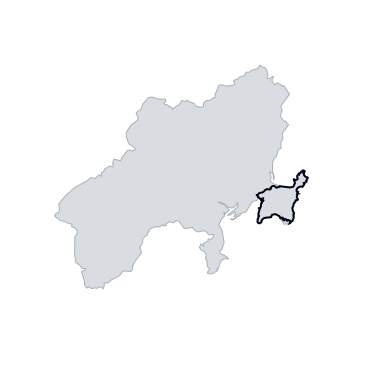 where Crimea sits in Ukraine, rotated 311°
{"feature_id": "UKR-283", "entity_name": "Crimea", "entity_type": "Autonomous Republic", "adm_level": 1, "iso_a3": "UKR", "parent_name": "Ukraine", "parent_adm1": "", "projection": "albers", "projection_center": [34.531, 45.3], "detail": "fine", "context": "in_parent", "style": "outline", "palette": "ink", "viewbox_px": 384, "rotation_deg": 311, "n_neighbors": 0, "source": "natural_earth", "source_scale": "10m", "svg_char_len": 8252}
<svg xmlns="http://www.w3.org/2000/svg" viewBox="0 0 384 384"><g transform="rotate(311 192 192)"><path d="M254.6,255.3L258.6,261.3L261.9,264.4L263.6,264.5L268.2,262.3L271.2,263.0L273.8,261.0L280.6,262.2L278.6,266.1L277.8,270.1L269.0,271.7L265.7,269.5L262.3,269.6L260.4,272.5L256.9,274.5L255.8,276.7L249.5,276.6L245.4,278.7L242.2,283.1L238.6,285.8L235.8,286.6L231.5,285.5L228.0,282.6L230.9,274.2L230.0,269.6L227.3,267.4L223.8,267.2L219.4,263.5L214.2,263.8L212.5,262.0L223.3,254.0L225.6,253.6L232.0,249.4L230.9,245.8L228.2,246.7L224.5,243.8L212.4,245.8L205.2,241.3L201.9,240.7L201.1,239.7L204.6,238.8L204.9,237.3L200.1,236.1L197.6,234.1L210.8,236.4L214.4,233.1L210.7,234.2L207.0,233.4L205.7,232.2L204.2,228.8L204.2,224.1L202.7,219.9L201.5,218.5L203.7,225.4L202.9,232.0L197.3,231.4L197.9,228.8L195.2,232.2L190.8,232.1L185.1,233.6L182.5,240.3L174.8,249.5L168.0,252.3L165.8,251.6L164.8,252.3L164.2,255.2L165.2,256.7L165.9,261.5L165.4,263.4L163.3,260.6L160.6,259.3L157.6,259.5L151.9,261.8L150.0,261.2L150.1,262.6L149.6,263.0L144.5,261.2L142.3,259.8L140.8,257.2L142.5,256.1L145.7,255.9L145.8,252.4L150.1,248.3L150.4,246.2L154.0,243.8L155.2,240.9L154.3,236.4L154.9,234.1L158.7,232.8L158.8,236.3L159.6,236.0L160.6,234.3L165.6,236.2L167.1,235.1L169.2,237.6L173.1,237.2L174.1,236.1L170.8,233.2L171.4,228.8L170.5,226.2L165.7,222.7L164.9,218.8L165.6,215.4L163.2,213.9L159.4,209.8L161.1,203.1L161.0,200.5L160.0,198.5L156.8,198.5L154.7,194.4L150.9,193.4L149.7,194.7L149.2,193.3L147.8,193.3L148.1,191.7L147.2,191.0L144.0,190.3L143.4,188.7L140.1,186.2L136.0,184.3L133.5,185.6L132.5,185.1L130.7,186.4L124.7,185.5L120.8,188.1L115.7,189.0L115.0,191.1L112.9,193.7L101.6,194.5L96.6,196.0L94.9,197.7L92.0,198.0L87.6,192.3L86.1,191.8L81.1,192.1L73.3,189.0L69.2,188.5L65.3,185.6L63.6,187.3L60.6,188.3L60.6,186.3L59.5,184.2L56.6,183.2L55.9,181.4L53.4,179.8L52.4,176.0L50.5,175.8L51.3,171.9L54.1,169.5L59.3,161.0L63.8,162.5L64.1,161.5L62.2,159.1L63.0,156.2L62.6,150.3L63.7,148.8L69.8,142.7L81.6,132.9L85.6,132.6L87.8,130.0L88.1,128.0L86.9,123.8L89.0,122.6L88.9,122.0L87.5,120.2L86.2,115.5L83.9,110.8L84.3,108.9L83.6,105.8L84.0,103.7L86.8,103.4L89.0,104.9L91.8,103.4L95.9,99.1L106.4,98.9L119.0,100.7L131.2,105.3L136.7,106.3L138.6,110.1L143.2,110.4L144.4,111.2L144.4,113.5L147.0,111.0L149.2,111.9L151.8,111.0L157.9,113.0L158.5,115.1L159.7,115.7L161.6,113.4L165.5,111.5L168.8,117.6L171.9,116.5L181.1,116.0L183.2,118.0L183.5,119.8L186.6,121.4L188.0,119.3L186.8,113.5L187.6,111.4L190.4,106.6L193.9,103.2L202.7,102.1L210.8,103.7L213.2,102.3L214.5,98.6L215.6,97.8L221.0,99.2L226.1,97.2L234.7,97.2L237.4,99.5L240.2,105.9L244.4,110.6L244.1,112.2L240.3,113.0L240.2,113.8L241.5,116.0L241.9,120.5L242.6,121.1L241.6,123.1L245.8,123.5L249.1,125.1L254.4,124.3L255.9,127.7L258.2,128.1L258.2,130.3L260.2,135.5L259.5,138.3L259.8,140.0L262.6,144.0L263.9,144.6L267.1,142.3L270.6,143.0L273.6,145.9L276.5,145.9L278.4,147.5L280.5,145.5L290.5,142.3L293.1,145.1L293.5,146.9L295.1,149.3L300.6,153.6L302.1,153.1L302.5,151.0L303.7,150.3L306.8,152.3L309.8,152.4L314.1,155.2L318.0,154.3L320.2,156.8L322.7,157.0L327.8,160.4L332.4,160.0L332.3,163.5L333.5,164.9L333.4,167.7L330.3,172.4L327.2,173.9L328.4,176.1L332.2,177.3L332.5,178.0L329.2,178.6L327.9,180.3L327.2,183.9L330.3,184.8L331.4,189.1L330.8,190.5L332.6,191.2L329.8,201.5L315.2,202.6L312.5,206.8L308.2,208.3L306.9,209.6L305.8,215.3L307.1,216.3L305.9,218.8L306.2,220.8L295.4,221.7L292.2,225.5L287.4,226.7L283.4,230.6L281.7,229.5L279.5,229.6L275.0,232.2L270.9,232.1L267.6,233.1L260.7,239.0L257.5,244.1L254.4,245.6L258.8,241.5L258.9,239.3L257.9,237.6L255.2,241.8L251.7,243.7L251.8,248.5L254.6,255.3ZM207.1,243.9L197.5,241.1L196.7,238.4L198.7,240.8L207.1,243.9Z" fill="#d9dde1" stroke="#a8b0b8" stroke-width="1"/><path d="M231.5,245.1L232.0,244.6L232.2,244.0L232.0,243.1L232.2,242.9L232.9,243.5L233.6,243.5L234.4,243.3L235.1,243.5L235.9,243.9L236.7,244.5L237.5,245.1L238.0,245.4L238.7,245.7L239.4,245.9L240.3,246.0L240.9,245.8L241.5,245.9L242.1,246.2L242.6,246.5L243.1,246.5L243.6,246.9L243.9,247.5L244.1,248.0L244.4,248.5L244.8,248.9L245.3,249.3L246.0,249.4L246.2,248.9L246.4,248.6L247.0,248.8L247.5,248.7L248.2,248.6L249.0,248.8L249.8,249.3L250.3,249.8L250.6,250.6L250.6,251.3L250.6,252.3L250.7,252.9L251.0,253.3L252.1,253.6L252.8,254.2L253.4,254.8L253.8,254.9L254.2,254.6L255.0,256.0L259.8,263.1L262.3,264.9L263.0,264.9L265.9,264.0L266.3,263.8L266.7,263.3L266.8,263.1L266.8,262.8L266.9,262.7L267.1,262.6L267.5,262.2L267.6,261.6L267.7,261.2L267.9,260.8L268.2,260.6L268.6,260.7L268.6,260.9L268.5,261.3L268.4,261.7L268.6,262.0L268.8,262.2L270.1,263.0L270.8,263.2L271.4,263.0L271.9,262.4L272.1,261.7L272.6,261.3L273.0,260.9L273.3,260.8L275.2,260.7L275.5,260.6L275.7,260.4L276.0,260.4L276.1,260.7L276.0,261.2L276.4,261.0L276.5,260.9L277.0,260.9L277.5,261.2L277.9,261.3L278.9,261.0L279.2,261.1L279.6,261.6L279.9,261.9L280.2,261.8L280.5,261.5L280.8,261.4L281.0,261.6L281.3,261.8L281.6,262.7L281.7,263.2L281.6,263.5L281.1,263.6L280.9,263.6L280.7,263.6L280.2,263.3L279.8,263.3L279.5,263.4L279.2,263.6L279.2,264.1L279.2,264.3L279.3,264.4L279.4,264.5L279.1,264.8L278.8,264.8L278.6,264.9L278.4,265.2L278.2,265.7L278.1,266.2L278.0,267.6L278.0,268.1L278.1,268.6L278.6,269.1L278.8,269.5L278.8,269.8L278.6,270.1L277.4,270.5L275.9,270.6L275.7,270.7L275.5,270.8L275.4,270.9L275.4,271.4L275.3,271.5L275.0,271.6L273.5,271.3L272.5,270.7L272.5,270.9L272.0,270.6L271.6,271.0L271.3,271.6L271.1,271.9L269.8,271.8L268.6,272.1L268.3,271.9L268.1,271.4L268.0,271.1L267.5,270.5L267.3,270.3L266.2,269.6L265.0,269.2L264.2,269.1L263.5,269.1L262.8,269.2L262.2,269.5L261.3,270.3L261.2,270.5L261.1,270.8L261.0,271.1L261.1,271.4L261.2,271.5L261.7,271.7L261.7,271.9L261.4,272.0L260.9,271.9L260.6,272.0L260.4,272.3L260.4,272.6L260.5,273.3L259.7,272.7L259.6,272.8L259.4,273.0L258.9,272.8L258.6,273.0L258.3,273.8L258.0,274.0L257.2,274.2L256.9,274.4L256.5,275.1L256.2,276.2L255.7,276.9L255.0,276.8L254.8,276.6L254.6,276.2L254.4,276.0L254.1,275.8L253.5,275.8L253.4,275.8L253.2,275.9L253.0,276.1L252.9,276.2L252.8,276.3L252.5,276.4L251.9,276.2L251.7,276.4L251.4,276.5L250.2,276.3L249.6,276.6L248.4,277.4L247.8,277.7L246.4,277.9L245.9,278.2L245.5,278.6L245.4,278.6L244.7,279.5L244.4,279.8L243.8,280.8L243.2,282.6L243.0,282.9L242.9,282.9L242.5,282.9L242.2,282.9L241.9,283.0L241.5,283.8L241.3,284.0L240.5,284.1L240.3,284.4L240.1,284.8L239.9,285.2L239.7,285.3L239.1,285.7L238.9,285.8L238.5,285.9L236.6,286.7L236.3,286.8L235.9,286.7L234.8,286.3L234.6,286.3L234.3,286.4L234.1,286.4L232.9,286.4L232.7,286.3L233.4,286.2L233.4,285.9L233.7,285.7L234.8,285.6L234.7,285.0L234.1,283.3L233.6,283.2L233.5,282.6L232.8,282.6L232.5,282.0L233.1,281.0L232.5,279.9L231.0,280.0L230.8,278.6L232.1,277.8L231.9,276.9L230.9,276.3L230.3,276.3L230.2,275.5L230.6,275.3L230.8,275.0L230.9,274.6L231.0,274.1L231.0,273.6L230.8,272.7L230.8,272.3L230.7,272.1L230.5,271.5L230.4,271.3L230.3,270.7L230.1,269.7L229.7,269.1L228.5,268.4L227.6,267.5L227.3,267.4L226.6,267.5L226.0,267.7L225.4,268.1L225.0,268.2L224.8,267.9L224.7,267.6L224.3,267.4L223.6,267.2L223.3,266.9L222.8,266.2L222.3,265.9L222.2,265.7L222.0,265.4L221.9,265.2L221.6,265.1L221.4,265.0L220.3,264.0L219.7,263.6L219.1,263.3L216.6,263.1L216.2,263.1L215.9,263.3L215.3,263.9L215.1,264.1L213.9,264.0L213.5,263.9L212.9,263.6L212.6,263.5L212.1,262.2L212.1,261.9L212.3,261.2L212.8,260.7L214.9,259.2L215.2,259.2L215.6,259.1L215.9,259.0L216.2,258.9L216.4,258.7L216.6,258.5L216.7,258.4L216.8,258.3L217.0,258.2L217.5,258.4L218.0,258.3L218.0,258.1L217.9,257.9L217.9,257.7L218.0,257.5L218.0,257.4L218.1,257.2L218.7,256.7L219.8,256.0L223.6,254.3L223.8,254.1L223.9,253.8L223.7,253.7L223.6,253.3L223.7,253.1L223.9,253.2L224.2,253.6L224.7,254.0L225.3,253.9L226.6,253.2L227.2,252.9L227.3,252.8L227.8,252.2L228.0,252.1L228.7,251.7L229.0,251.6L229.4,251.8L229.6,251.9L229.8,251.9L230.2,251.7L230.6,251.2L230.9,251.0L231.1,251.0L231.3,250.9L231.4,251.0L231.6,251.1L231.8,251.2L231.8,251.3L231.9,251.5L232.1,251.5L232.5,251.4L232.5,251.2L232.5,250.6L232.5,250.2L232.8,250.3L233.0,250.1L233.6,250.0L233.9,249.8L233.6,249.5L233.3,249.4L232.3,249.1L231.9,249.1L231.7,249.2L231.6,249.4L231.3,249.3L231.6,248.9L231.7,248.6L231.5,248.4L231.5,248.2L231.7,247.8L231.7,247.6L231.5,246.8L231.5,246.5L231.6,246.2L231.8,246.0L231.7,245.6L231.5,245.1Z" fill="none" stroke="#020617" stroke-width="2"/></g></svg>